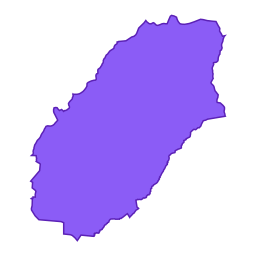 Hasmas, Arad, Romania
{"feature_id": "2599482B66342132311971", "entity_name": "Hasmas", "entity_type": "district", "adm_level": 2, "iso_a3": "ROU", "parent_name": "Romania", "parent_adm1": "Arad", "projection": "albers", "projection_center": [22.1, 46.547], "detail": "fine", "context": "isolated", "style": "filled", "palette": "violet", "viewbox_px": 256, "rotation_deg": 0, "n_neighbors": 0, "source": "geoboundaries", "source_scale": "gbopen_adm2", "svg_char_len": 5785}
<svg xmlns="http://www.w3.org/2000/svg" viewBox="0 0 256 256"><path d="M225.3,116.2L225.2,116.0L225.0,115.4L224.9,114.5L224.7,113.5L224.4,112.8L224.2,112.0L224.1,111.0L224.4,109.9L224.5,108.6L224.5,107.9L224.4,107.2L223.5,106.0L222.9,105.3L221.8,104.3L221.0,103.6L220.4,103.0L219.4,102.8L218.7,102.7L217.2,102.4L216.9,101.4L216.9,100.5L217.0,99.6L217.9,97.2L218.0,95.9L218.2,94.9L218.0,94.5L217.2,93.6L216.4,92.4L215.6,91.5L215.0,90.7L214.5,88.9L214.0,86.8L213.4,85.6L211.5,83.7L210.9,82.8L211.5,81.4L213.2,78.3L212.9,77.7L212.8,77.0L212.8,76.1L212.9,74.8L213.1,73.9L212.8,73.3L212.7,72.7L212.6,71.8L212.7,70.8L212.4,69.5L212.2,68.5L212.4,67.3L213.2,65.6L213.7,64.5L213.4,63.1L213.5,62.7L214.3,62.5L215.0,62.5L216.5,62.1L217.7,61.1L218.1,60.1L218.2,58.2L218.5,56.7L219.3,54.8L219.9,54.2L219.9,53.0L220.1,51.7L220.2,50.6L220.8,50.3L221.4,49.9L221.7,49.0L222.1,47.9L221.8,46.8L221.6,45.6L221.6,44.7L221.8,43.6L222.3,42.6L222.8,41.3L223.2,39.0L224.2,36.5L224.9,35.7L222.5,36.2L221.3,33.8L219.6,31.1L219.8,28.3L218.2,25.7L216.0,21.5L212.3,21.2L207.2,20.6L203.1,19.6L200.5,19.3L197.5,20.5L194.2,21.8L189.3,23.5L184.8,24.3L182.1,24.2L180.6,23.9L179.8,23.6L178.4,21.8L177.7,20.6L177.1,19.2L176.5,17.2L174.1,16.0L171.5,15.4L170.3,16.3L168.7,20.0L167.2,23.7L165.9,23.8L163.9,23.5L162.0,23.8L160.2,24.6L157.8,25.4L156.4,25.2L156.0,24.8L155.5,24.4L154.4,23.2L153.2,22.7L151.9,23.4L151.1,23.8L150.4,23.8L149.3,23.7L148.8,23.4L146.7,21.7L145.8,20.5L144.1,22.8L139.9,26.9L138.7,28.1L136.7,33.3L135.8,34.8L134.0,36.3L131.7,37.0L126.0,40.8L118.5,41.5L117.5,42.4L117.2,41.3L117.0,43.7L115.1,45.0L114.3,46.3L113.8,48.4L111.8,49.7L110.8,50.3L109.6,51.2L108.8,52.4L108.1,53.3L107.6,54.1L106.4,54.9L105.6,56.3L105.0,57.9L104.2,58.5L103.3,60.4L103.3,62.1L102.7,63.4L102.0,64.2L101.8,65.3L100.9,66.4L100.3,67.6L98.1,69.3L97.8,70.1L97.9,73.1L97.7,73.6L96.7,73.8L96.2,74.4L95.9,75.9L96.2,78.2L96.2,79.3L95.6,80.1L93.8,80.3L91.5,80.9L90.0,81.5L88.2,82.4L87.1,83.4L87.0,84.4L86.9,86.2L85.9,88.0L84.3,90.1L83.0,91.5L80.5,93.2L79.3,93.8L77.0,94.3L73.4,94.3L73.0,94.0L72.9,94.4L73.2,95.9L72.8,96.9L72.4,97.6L72.4,98.2L72.1,99.1L69.7,101.6L68.5,103.4L68.7,105.1L69.2,105.9L69.5,107.1L69.2,108.1L66.9,109.9L65.7,110.5L64.4,110.6L63.7,111.4L61.6,109.5L59.5,110.5L58.0,109.0L57.1,107.7L55.8,107.5L54.1,107.8L53.6,109.6L53.6,111.3L53.9,112.6L57.7,120.1L57.2,120.8L54.9,123.3L54.4,124.1L53.2,125.1L51.8,125.8L50.3,126.1L48.3,125.9L47.3,125.9L46.0,126.4L45.2,127.9L44.4,129.1L44.1,130.0L43.5,131.4L42.6,132.6L41.8,133.8L41.1,135.1L40.5,136.7L39.9,137.7L38.6,139.2L37.7,140.0L36.9,141.1L36.5,142.0L35.8,143.3L34.7,145.0L34.3,146.7L34.0,147.6L34.0,148.6L33.4,149.9L33.1,151.4L33.3,152.7L33.2,153.7L32.8,154.5L31.8,155.2L31.5,155.5L36.1,155.6L36.3,156.2L36.2,156.9L36.7,158.3L36.4,159.0L36.5,159.9L36.6,160.4L36.1,161.4L38.3,162.8L38.6,162.7L40.3,164.1L39.6,170.7L30.7,181.2L32.6,182.3L32.2,187.9L33.6,189.0L35.1,190.2L35.9,191.3L35.2,194.4L35.3,197.1L33.0,197.0L33.0,198.0L31.5,198.3L31.2,198.6L32.1,198.9L32.4,198.8L32.3,200.7L32.2,204.2L32.1,205.8L31.4,208.5L31.5,210.0L35.1,215.8L38.9,219.7L61.1,221.6L63.7,222.7L63.7,234.0L70.4,234.7L72.2,235.4L75.0,237.8L77.3,240.6L81.0,235.1L93.3,236.3L93.7,236.3L94.1,236.2L94.3,235.9L94.4,235.7L94.5,235.5L94.6,235.2L94.4,235.1L94.5,235.0L94.5,234.9L94.4,234.7L94.7,234.3L94.6,234.2L94.3,234.0L94.4,233.8L94.3,233.6L94.5,233.3L95.2,233.4L95.6,233.2L96.3,233.0L96.6,232.7L97.1,233.0L97.6,232.9L97.9,233.1L98.1,233.0L98.4,233.1L98.6,233.1L98.6,232.8L99.1,232.6L99.4,231.9L99.4,231.6L99.7,231.5L99.6,230.9L99.8,230.7L100.0,230.2L100.8,230.0L101.7,229.6L102.2,229.3L102.2,228.8L103.2,227.8L103.6,227.3L104.1,226.5L104.2,225.9L104.5,225.5L105.0,224.9L105.8,224.7L106.2,224.0L106.5,223.8L107.3,223.3L107.4,222.7L107.7,222.6L108.0,222.4L108.5,222.3L108.8,222.0L109.1,221.0L109.5,220.1L110.3,219.3L111.2,219.0L114.8,218.9L115.3,219.2L115.8,219.2L116.8,219.2L117.4,219.2L118.1,219.1L119.4,219.2L119.6,218.6L120.2,218.4L121.0,218.5L121.4,218.1L122.6,217.4L123.8,216.4L124.5,215.9L125.3,215.2L126.4,214.4L127.4,213.7L129.7,217.4L130.1,216.7L130.4,216.3L130.7,216.0L130.9,215.9L131.2,215.8L131.5,215.4L132.6,214.1L133.3,213.5L133.8,213.2L134.2,212.9L134.5,212.4L134.7,212.0L135.6,210.8L135.9,210.3L136.6,209.8L137.1,209.6L137.8,209.2L138.6,208.4L137.0,207.0L135.9,200.2L136.5,200.1L137.5,199.4L138.0,199.6L139.7,199.4L140.9,199.6L141.4,199.5L142.7,198.7L143.1,198.1L143.9,197.9L144.5,198.1L145.0,198.0L145.5,197.6L146.2,197.5L146.5,197.0L146.5,196.2L147.1,195.6L147.6,194.9L148.1,194.8L148.9,194.9L149.1,194.3L149.4,194.1L150.0,193.8L150.1,193.3L150.0,192.4L150.2,192.0L150.4,191.7L150.8,191.1L150.5,190.2L150.8,189.4L150.7,188.9L150.9,188.7L151.7,188.2L151.6,187.4L151.9,186.6L152.2,186.1L152.9,186.0L153.2,185.6L153.6,184.8L154.4,184.5L155.2,183.9L156.6,183.1L156.9,182.7L157.3,182.3L157.9,181.5L157.9,181.0L158.5,180.5L158.8,179.7L159.3,179.2L159.1,178.5L159.3,178.2L160.0,177.5L160.1,177.3L159.7,176.9L159.9,176.6L160.4,176.1L160.8,175.5L161.3,174.3L161.9,173.2L163.2,171.3L163.5,170.7L163.6,170.1L164.0,169.3L164.4,169.1L164.9,168.1L165.8,166.0L166.3,165.4L166.8,164.9L167.3,164.5L167.1,163.8L167.4,163.5L167.2,162.8L167.9,162.3L167.5,161.5L168.2,160.9L168.9,159.7L169.2,158.0L168.8,156.6L169.4,155.2L170.4,154.8L171.2,153.6L173.0,153.0L173.7,152.9L174.9,152.6L175.1,152.0L175.1,150.9L176.6,149.9L177.6,149.6L178.1,149.1L179.2,148.9L180.1,148.5L181.3,148.0L181.4,147.0L181.3,146.4L181.4,145.4L182.1,144.9L182.2,143.9L182.8,143.2L183.8,142.5L184.0,141.5L183.8,140.5L185.2,140.1L185.6,139.5L186.1,139.5L186.2,138.8L187.5,138.1L188.5,137.6L189.6,137.1L190.1,136.5L190.6,133.8L190.5,132.4L191.5,131.3L192.9,130.0L193.9,129.3L195.7,129.7L197.9,127.7L199.2,127.8L200.8,126.1L201.6,123.9L203.3,120.7L205.8,120.1L207.5,119.2L225.3,116.2Z" fill="#8b5cf6" stroke="#5b21b6" stroke-width="1.5"/></svg>